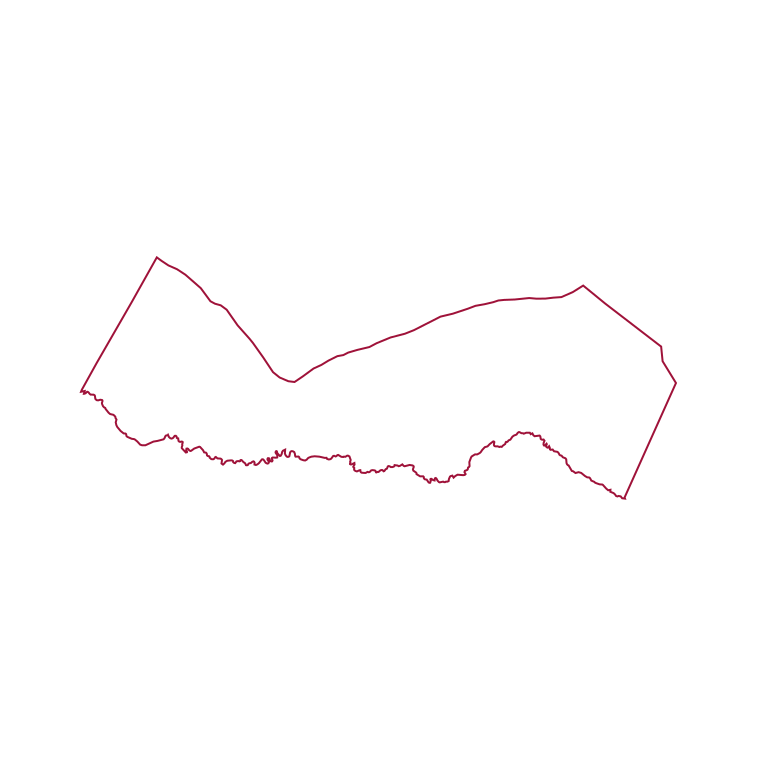 Haraze-Mangueigne, Salamat, Chad, rotated 49°
{"feature_id": "50815135B51440340925469", "entity_name": "Haraze-Mangueigne", "entity_type": "district", "adm_level": 2, "iso_a3": "TCD", "parent_name": "Chad", "parent_adm1": "Salamat", "projection": "mercator", "projection_center": [21.205, 10.401], "detail": "fine", "context": "isolated", "style": "outline", "palette": "rose", "viewbox_px": 768, "rotation_deg": 49, "n_neighbors": 0, "source": "geoboundaries", "source_scale": "gbopen_adm2", "svg_char_len": 6165}
<svg xmlns="http://www.w3.org/2000/svg" viewBox="0 0 768 768"><g transform="rotate(49 384 384)"><path d="M191.1,617.7L192.9,614.5L194.5,616.9L194.8,616.5L195.2,615.3L195.1,613.2L195.4,612.8L196.4,612.5L198.5,612.6L199.5,612.4L201.5,610.2L202.5,609.8L203.4,610.0L205.8,611.6L207.6,611.5L208.8,610.5L209.7,608.5L211.1,607.3L211.7,607.3L212.4,607.9L213.2,609.3L213.9,609.8L216.3,610.6L217.8,610.6L219.2,610.1L220.2,610.5L225.0,610.7L227.0,610.4L229.8,608.4L232.3,608.2L233.7,609.0L235.3,609.2L236.9,611.6L239.5,613.0L241.5,613.5L246.7,613.6L250.5,612.9L251.8,611.6L252.6,611.5L254.3,612.5L255.5,612.4L259.9,610.3L261.6,608.8L262.5,608.4L265.6,607.9L269.8,607.8L271.5,606.8L273.7,604.3L276.2,595.8L278.4,592.2L281.1,586.7L281.0,585.5L279.9,583.1L279.9,582.2L280.8,580.8L280.7,580.4L282.9,581.1L284.6,580.9L285.7,580.3L286.2,579.3L286.3,578.3L285.8,576.0L286.5,575.1L287.5,575.0L288.6,575.7L289.1,575.7L290.0,575.0L292.1,576.4L293.3,576.3L294.0,575.7L294.8,574.3L295.7,574.0L296.3,574.5L297.0,575.8L298.0,576.4L299.0,578.1L299.8,578.7L305.7,578.5L306.2,577.5L305.7,577.0L304.1,576.6L303.2,575.5L303.7,574.7L304.4,574.4L306.3,574.5L307.5,574.1L307.9,573.3L308.2,569.6L310.1,564.6L310.9,564.1L315.3,564.0L317.6,564.6L319.0,563.4L320.1,563.4L321.8,564.4L322.6,564.3L323.8,563.4L324.7,563.5L325.2,563.9L327.4,563.6L328.7,562.4L329.0,561.2L328.5,559.4L328.7,558.8L330.9,558.5L333.1,556.3L334.0,556.0L335.1,556.1L337.4,558.8L339.2,558.4L339.2,556.6L338.7,554.7L339.1,552.6L341.3,549.5L342.2,548.7L343.1,548.5L344.1,549.1L345.4,548.8L346.1,548.2L345.6,546.1L346.5,544.6L347.5,543.9L347.8,543.2L347.3,542.3L347.5,541.8L348.0,541.4L351.1,541.3L351.9,540.9L353.1,540.9L354.7,541.4L355.4,540.8L355.8,540.0L355.3,538.7L355.4,537.9L356.3,536.3L356.3,534.4L356.8,533.2L357.5,533.0L358.5,533.3L359.8,534.6L361.1,533.8L361.6,532.3L361.7,530.4L360.8,525.6L361.1,525.1L361.6,524.7L362.7,524.6L365.8,525.0L367.5,524.3L368.0,523.3L367.4,521.9L364.7,521.6L364.1,521.1L363.8,520.4L364.4,519.6L365.2,519.5L366.5,520.1L367.7,520.2L368.5,519.9L369.0,519.1L368.5,518.2L367.1,517.8L366.3,517.1L366.4,516.3L368.7,513.9L369.4,512.8L368.5,511.8L367.4,511.2L365.1,511.0L364.3,510.6L363.9,509.7L364.2,509.1L364.7,509.1L366.2,509.9L370.0,509.8L370.4,509.1L369.8,507.3L368.4,505.3L368.1,503.9L368.7,501.7L371.4,504.4L373.3,505.0L375.0,505.0L376.0,504.4L376.4,503.4L376.4,502.8L374.0,499.7L373.8,498.5L374.1,497.7L375.0,496.9L376.5,496.4L378.3,497.1L379.9,498.2L380.8,498.4L382.7,496.1L383.6,496.0L384.6,496.5L385.9,496.4L388.6,494.9L390.0,493.7L390.4,492.0L390.1,490.1L390.3,488.9L391.2,486.5L393.1,483.7L396.5,480.4L400.9,477.2L402.0,475.8L403.2,476.1L404.7,475.2L405.4,474.1L405.7,472.8L405.0,469.6L405.4,468.8L407.0,468.0L407.2,467.0L407.1,465.8L407.5,465.1L410.9,464.0L412.4,462.6L412.5,461.9L413.6,460.9L413.9,458.9L414.4,458.2L416.0,457.6L419.5,459.0L420.4,460.5L421.2,460.8L421.5,461.6L422.2,462.2L422.9,461.9L423.4,461.2L424.2,458.2L425.5,459.1L426.2,461.4L426.8,461.7L427.8,461.5L429.0,462.7L429.7,462.9L430.9,462.6L432.2,461.8L433.0,459.1L433.5,458.4L434.7,459.2L435.5,459.3L436.2,459.1L437.5,457.9L439.1,456.2L439.5,454.1L440.6,453.4L441.0,452.6L440.8,450.3L441.5,449.1L443.0,447.8L443.8,447.4L445.4,448.0L445.8,447.7L446.0,446.7L446.8,445.8L446.8,443.3L447.5,442.0L448.1,441.6L449.6,441.6L449.9,440.9L449.4,438.6L449.8,437.3L448.7,435.2L449.0,434.3L449.9,433.7L451.1,433.4L452.3,432.0L452.8,430.7L452.7,429.8L452.2,429.2L454.5,427.2L455.6,426.9L456.2,425.8L456.7,422.9L458.6,422.9L459.6,422.4L461.9,417.8L464.3,415.8L465.6,415.6L466.2,416.1L467.3,418.1L468.6,418.7L471.8,417.9L472.7,418.0L473.4,418.6L477.4,417.3L479.4,415.0L480.4,415.0L481.2,415.7L481.9,415.8L482.7,415.7L484.2,414.5L487.5,414.9L488.3,414.6L488.8,413.9L487.6,412.0L486.6,411.7L486.2,411.1L486.7,410.4L488.7,410.0L490.0,409.1L488.8,407.8L488.6,407.3L488.9,406.6L490.0,406.5L492.0,407.0L494.1,406.9L494.8,406.5L496.5,403.4L497.4,403.1L498.1,402.4L498.4,401.2L499.2,400.4L499.7,399.0L498.3,397.3L497.2,395.0L497.2,394.2L498.0,392.5L500.3,392.9L500.2,390.6L500.7,388.0L504.8,384.0L505.6,382.7L505.5,381.5L503.3,381.1L502.6,379.9L503.4,377.8L503.4,376.9L502.2,375.3L502.4,374.3L502.1,373.3L498.9,370.8L496.6,366.6L496.2,365.4L496.8,361.6L498.3,359.8L498.9,357.1L498.9,355.8L498.2,353.1L497.8,349.4L499.0,346.8L498.7,343.6L499.0,339.2L499.5,338.8L500.2,338.8L501.7,340.7L502.4,341.2L503.4,341.3L504.5,340.5L505.5,339.2L507.3,338.2L507.6,337.3L508.7,336.4L508.5,334.9L508.8,331.9L507.8,330.3L507.8,329.8L508.4,329.4L508.6,328.5L508.3,326.9L508.9,325.2L508.0,321.6L508.2,319.6L509.1,317.2L508.6,315.2L508.7,313.9L509.2,313.3L511.2,312.6L512.5,311.3L513.2,311.1L514.1,308.6L516.5,305.9L518.1,306.2L518.6,304.4L520.7,304.9L522.2,304.6L525.0,300.4L526.1,300.4L528.2,301.7L529.1,301.6L529.9,301.1L530.6,300.0L532.1,300.1L533.2,302.2L534.4,303.4L535.4,303.6L536.0,303.0L535.7,300.5L536.2,300.6L537.0,302.2L537.7,302.7L539.0,302.5L539.6,302.1L539.3,300.2L540.9,300.7L542.2,301.6L542.9,301.5L544.1,299.7L546.3,299.8L548.9,297.7L549.7,297.5L551.2,297.6L552.4,298.0L553.4,297.8L554.6,297.0L556.6,297.1L559.1,295.8L560.4,295.9L563.4,298.1L564.5,298.5L565.8,298.5L566.6,298.1L572.8,299.3L574.0,298.5L576.8,297.9L578.2,295.0L580.5,293.5L585.2,292.7L587.7,291.9L589.3,290.4L590.3,290.3L592.9,290.9L595.8,289.5L597.1,289.4L598.6,288.6L601.2,287.1L603.1,285.2L603.7,285.0L608.8,284.9L611.3,284.5L612.4,282.5L613.8,283.9L617.0,282.3L619.0,282.1L620.8,282.3L622.0,281.6L622.4,280.4L624.1,279.1L626.5,279.2L628.6,277.3L627.5,276.9L574.8,163.0L549.6,158.8L537.6,150.3L468.4,164.3L440.4,169.1L438.5,181.2L434.8,193.1L429.9,199.6L425.4,206.2L419.6,213.0L414.4,218.0L406.0,229.9L399.4,238.1L396.0,242.9L393.9,247.9L389.8,255.7L385.0,263.7L382.2,271.3L376.1,285.9L370.2,297.2L363.0,326.1L359.8,335.2L353.2,348.5L348.4,362.7L346.5,370.8L340.8,381.7L336.8,390.4L335.5,395.7L332.4,400.9L329.9,410.6L328.5,418.8L326.1,427.0L325.0,440.3L323.8,450.2L319.1,454.4L310.6,458.5L302.3,460.0L284.4,457.7L267.1,456.0L261.5,455.8L243.7,456.0L224.7,454.0L217.5,455.6L212.5,458.9L207.7,460.7L191.5,459.4L171.2,462.2L161.6,464.9L153.1,468.9L145.1,471.1L139.4,472.4L156.7,520.7L179.7,587.2L190.1,615.8L191.1,617.7Z" fill="none" stroke="#9f1239" stroke-width="2"/></g></svg>